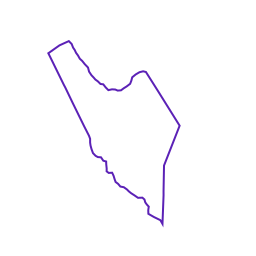 the district of Groaíras, Ceará, Brazil, rotated 340°
{"feature_id": "56859067B67706386881403", "entity_name": "Groaíras", "entity_type": "district", "adm_level": 2, "iso_a3": "BRA", "parent_name": "Brazil", "parent_adm1": "Ceará", "projection": "mercator", "projection_center": [-40.377, -3.916], "detail": "fine", "context": "isolated", "style": "outline", "palette": "violet", "viewbox_px": 256, "rotation_deg": 340, "n_neighbors": 0, "source": "geoboundaries", "source_scale": "gbopen_adm2", "svg_char_len": 1109}
<svg xmlns="http://www.w3.org/2000/svg" viewBox="0 0 256 256"><g transform="rotate(340 128 128)"><path d="M127.6,229.9L138.4,203.4L139.8,199.5L149.0,175.6L177.3,143.5L168.7,103.0L164.0,81.5L161.6,79.9L157.9,79.5L153.6,80.3L149.3,81.8L147.3,84.7L145.1,87.2L140.9,88.5L137.6,89.2L134.3,90.2L131.1,89.3L129.2,87.5L126.2,86.2L122.5,85.7L120.9,82.2L119.7,78.5L117.2,77.2L115.6,73.8L113.9,71.3L113.0,68.9L111.7,65.9L110.7,61.7L111.1,57.5L109.2,53.2L107.9,49.3L106.4,46.4L105.8,42.7L104.9,39.6L104.6,36.4L103.9,33.7L103.8,29.8L102.1,26.1L91.9,26.9L78.7,30.5L79.4,36.8L82.5,65.7L82.9,68.4L84.6,85.6L87.4,111.5L88.7,122.0L88.7,125.2L87.4,128.8L86.8,131.7L86.5,135.3L86.5,139.6L88.0,143.0L89.7,145.0L92.6,146.3L93.6,150.3L96.0,152.0L95.1,154.8L94.1,158.8L93.1,161.4L94.5,163.6L97.8,164.6L98.1,168.0L97.9,171.8L97.9,174.5L99.6,177.1L100.8,180.4L103.8,182.2L106.0,185.4L107.1,187.8L108.6,190.3L111.1,193.6L113.5,197.0L117.7,198.4L119.0,200.8L118.8,203.8L119.5,206.3L120.6,209.0L118.9,212.2L117.8,215.6L119.8,218.0L122.0,220.6L124.6,223.3L126.9,225.7L127.6,229.9Z" fill="none" stroke="#5b21b6" stroke-width="2"/></g></svg>